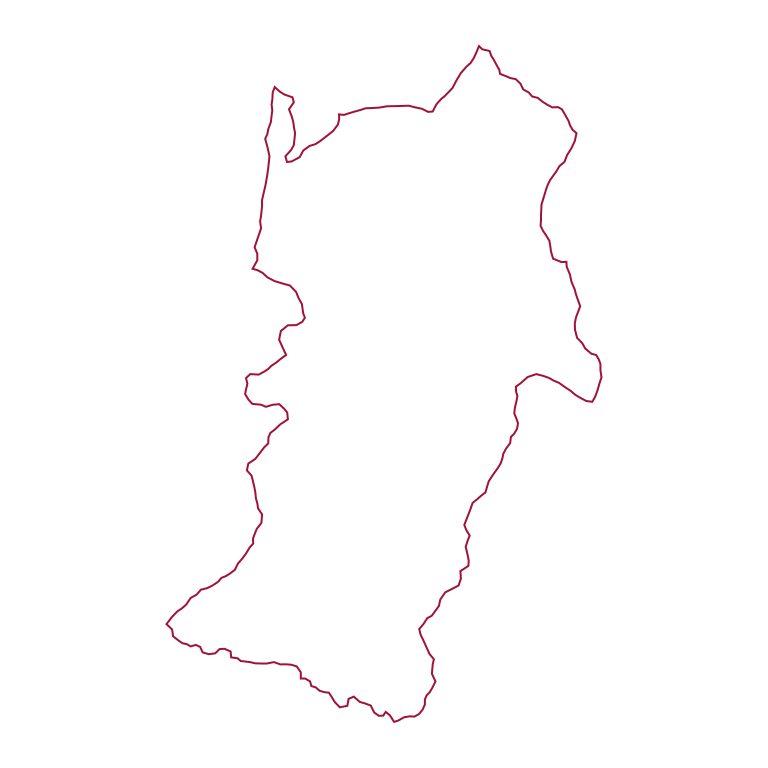 Pompéia, São Paulo, Brazil
{"feature_id": "56859067B65956509241902", "entity_name": "Pompéia", "entity_type": "district", "adm_level": 2, "iso_a3": "BRA", "parent_name": "Brazil", "parent_adm1": "São Paulo", "projection": "mercator", "projection_center": [-50.194, -22.033], "detail": "fine", "context": "isolated", "style": "outline", "palette": "rose", "viewbox_px": 768, "rotation_deg": 0, "n_neighbors": 0, "source": "geoboundaries", "source_scale": "gbopen_adm2", "svg_char_len": 4343}
<svg xmlns="http://www.w3.org/2000/svg" viewBox="0 0 768 768"><path d="M479.0,46.1L476.7,51.7L473.9,57.9L470.6,63.0L466.5,66.6L460.9,73.0L456.1,81.0L452.5,88.0L444.6,96.2L441.2,99.0L436.4,104.3L432.7,111.5L428.1,111.9L422.0,108.8L415.4,107.4L408.8,105.7L402.9,105.9L396.0,106.1L387.0,106.3L379.2,107.6L372.6,108.0L365.5,108.3L360.4,110.0L354.9,111.5L349.2,113.2L344.0,114.9L339.0,114.4L339.2,119.1L337.9,124.6L333.1,131.0L325.6,136.9L320.3,141.0L315.3,144.2L309.6,145.9L303.3,150.5L299.7,157.1L291.5,161.5L287.0,162.0L285.4,156.3L291.1,150.0L293.8,145.1L295.1,133.2L294.0,127.6L293.3,122.2L291.8,116.6L289.0,109.3L293.8,102.4L292.5,97.3L284.5,94.6L279.9,91.7L274.7,87.1L272.7,92.5L272.4,99.0L271.6,104.6L272.3,110.2L271.6,115.6L270.9,122.0L268.4,128.8L267.3,134.2L265.2,138.8L267.5,147.3L269.5,156.2L268.2,168.3L267.1,176.1L265.3,186.1L263.9,192.0L262.0,200.3L262.1,205.9L261.0,216.2L260.1,221.3L261.1,228.3L254.6,247.2L257.3,253.7L257.3,260.3L252.6,268.8L257.3,270.1L262.5,272.8L267.5,277.4L274.6,281.1L283.6,283.8L289.9,285.5L296.1,291.9L298.6,298.2L301.9,304.0L303.2,313.3L304.9,317.7L302.3,321.8L296.5,325.1L287.9,325.3L280.9,330.9L279.1,339.7L282.5,347.2L286.1,355.0L281.4,358.3L276.3,362.5L271.4,365.8L268.2,369.0L264.6,371.4L258.7,374.6L250.3,374.1L246.0,378.1L247.4,383.6L246.2,388.8L245.1,394.0L248.4,399.5L252.3,403.9L261.1,404.7L265.9,406.8L273.0,404.7L279.3,404.2L284.0,408.6L287.2,412.5L287.9,419.3L280.2,424.4L275.0,429.4L270.5,432.8L268.5,437.1L268.2,443.5L264.3,447.2L259.8,453.1L255.3,458.9L248.3,463.6L246.9,470.4L251.6,475.7L254.1,486.0L255.3,492.1L255.9,498.2L257.4,503.6L258.0,508.3L262.1,514.4L261.4,522.9L256.8,528.8L254.6,534.2L253.0,538.6L253.2,543.5L249.6,547.6L246.0,553.5L242.1,558.8L238.0,563.5L234.9,569.8L229.7,573.7L226.1,576.0L221.4,577.9L218.1,581.8L212.3,585.6L207.3,588.1L200.9,589.7L196.7,594.6L190.7,597.9L186.2,604.6L181.7,608.5L177.2,611.5L172.1,616.8L166.5,624.1L172.1,629.5L173.1,636.3L178.5,640.5L182.4,643.2L186.9,644.2L190.7,646.4L195.8,644.9L200.1,646.9L202.7,652.4L208.9,654.2L215.3,653.3L219.5,649.1L224.5,648.8L230.6,651.5L231.2,657.4L237.4,658.2L240.8,661.0L245.8,661.6L250.0,662.1L255.1,663.3L260.7,663.5L266.9,663.5L273.9,662.1L280.4,664.4L286.1,664.3L291.2,664.7L296.7,666.4L300.8,672.3L300.8,678.5L305.1,678.5L310.1,681.4L311.3,686.0L315.8,687.4L319.6,690.8L324.6,692.2L328.9,692.7L331.6,696.8L334.8,702.1L339.8,707.3L347.3,705.8L348.6,698.9L353.8,696.6L359.7,701.9L364.9,703.4L370.7,705.5L374.2,712.5L378.9,715.8L383.3,715.6L385.7,711.9L389.8,715.2L394.1,721.9L398.4,720.5L404.0,717.3L409.7,716.3L414.5,716.6L419.2,713.9L422.6,709.7L424.9,704.4L424.9,699.4L426.7,695.3L429.8,692.1L432.4,687.7L435.5,681.4L431.9,673.8L432.7,664.4L433.9,659.3L429.4,653.8L425.8,645.7L423.3,640.2L420.7,634.9L419.2,629.0L423.6,623.9L427.2,618.2L431.7,615.8L435.9,610.1L438.9,606.0L440.3,599.5L445.3,592.3L450.9,589.5L458.6,585.5L460.9,578.6L460.4,571.1L468.4,565.9L468.7,560.6L467.7,555.2L465.7,546.9L467.7,540.5L469.7,535.5L466.4,530.3L464.3,524.9L467.0,518.0L470.3,509.6L472.6,502.9L477.2,499.2L480.8,496.0L485.5,492.3L487.4,485.6L488.8,481.2L492.8,475.0L497.8,468.1L500.8,463.1L502.4,458.4L503.2,454.0L505.9,448.9L510.2,443.0L510.9,436.9L514.1,433.8L517.0,428.9L518.0,423.2L516.1,417.9L514.3,413.4L514.8,408.1L516.6,400.5L517.4,396.1L516.1,391.7L515.9,386.6L520.2,383.6L527.7,377.0L536.3,374.1L543.3,375.9L549.2,378.0L553.4,380.5L559.1,382.9L564.8,387.0L570.7,390.9L575.4,394.9L580.3,397.8L586.3,401.0L592.2,401.8L594.9,397.3L597.5,390.5L599.4,383.6L601.5,377.3L600.5,370.8L600.4,363.8L598.8,359.5L596.2,355.0L591.5,353.8L585.2,348.5L582.3,343.2L577.1,337.9L575.0,329.7L574.8,323.4L575.9,317.7L580.2,306.2L577.3,298.2L575.9,294.1L574.8,289.7L571.3,281.3L570.0,274.7L566.7,266.7L566.4,261.8L561.6,262.1L553.1,258.7L551.0,251.5L550.3,246.2L549.4,240.8L546.0,235.2L543.0,230.8L540.6,225.9L541.0,220.1L541.0,214.9L541.3,209.6L541.5,204.5L544.3,195.4L546.2,189.1L547.8,184.7L550.1,180.0L556.0,171.9L559.6,165.9L564.4,162.0L567.1,155.1L571.6,147.9L574.8,141.0L576.5,133.2L572.5,129.7L570.0,125.2L568.6,121.0L565.0,114.6L561.9,109.3L558.0,107.1L552.3,107.4L547.6,104.9L542.6,101.8L537.9,97.9L532.2,96.5L528.8,92.5L523.3,89.5L520.4,83.6L515.7,79.1L510.5,78.1L505.3,75.9L500.1,73.9L499.2,69.6L496.6,65.1L493.7,59.6L491.2,55.7L489.6,51.0L482.3,49.3L479.0,46.1Z" fill="none" stroke="#9f1239" stroke-width="2"/></svg>